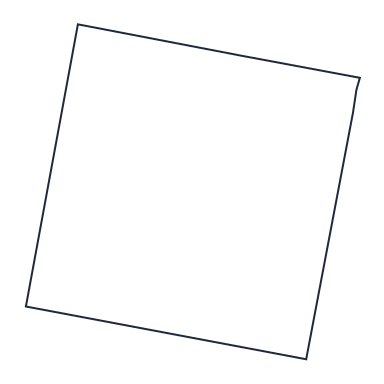 Ogemaw, Michigan, United States of America, rotated 191°
{"feature_id": "52423323B55359053905467", "entity_name": "Ogemaw", "entity_type": "district", "adm_level": 2, "iso_a3": "USA", "parent_name": "United States of America", "parent_adm1": "Michigan", "projection": "albers", "projection_center": [-84.223, 44.335], "detail": "fine", "context": "isolated", "style": "outline", "palette": "slate", "viewbox_px": 384, "rotation_deg": 191, "n_neighbors": 0, "source": "geoboundaries", "source_scale": "gbopen_adm2", "svg_char_len": 254}
<svg xmlns="http://www.w3.org/2000/svg" viewBox="0 0 384 384"><g transform="rotate(191 192 192)"><path d="M48.0,49.6L49.1,300.4L50.1,323.8L49.0,336.1L168.7,335.2L336.0,334.8L333.2,47.9L48.0,49.6Z" fill="none" stroke="#1e293b" stroke-width="2"/></g></svg>